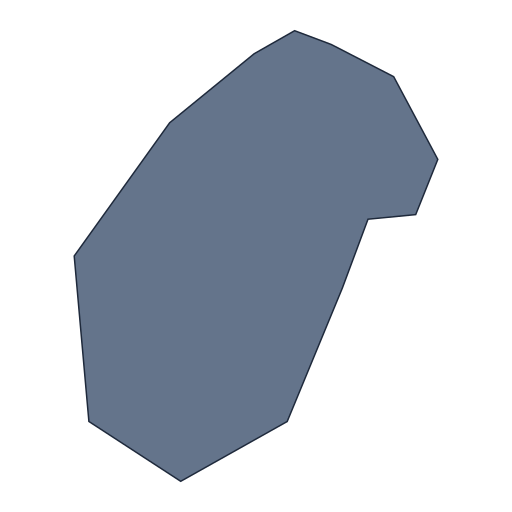 map outline of Stepanakert (Natural Earth projection)
{"feature_id": "AZE-4838", "entity_name": "Stepanakert", "entity_type": "District", "adm_level": 1, "iso_a3": "AZE", "parent_name": "Azerbaijan", "parent_adm1": "", "projection": "natural_earth1", "projection_center": [46.777, 39.832], "detail": "fine", "context": "isolated", "style": "filled", "palette": "slate", "viewbox_px": 512, "rotation_deg": 0, "n_neighbors": 0, "source": "natural_earth", "source_scale": "10m", "svg_char_len": 293}
<svg xmlns="http://www.w3.org/2000/svg" viewBox="0 0 512 512"><path d="M294.6,30.7L331.3,44.5L393.7,76.7L437.8,159.4L415.7,214.6L368.0,219.2L342.3,288.2L287.2,421.5L180.7,481.3L88.9,421.5L74.2,256.0L169.7,122.7L254.2,53.7L294.6,30.7Z" fill="#64748b" stroke="#1e293b" stroke-width="1.5"/></svg>